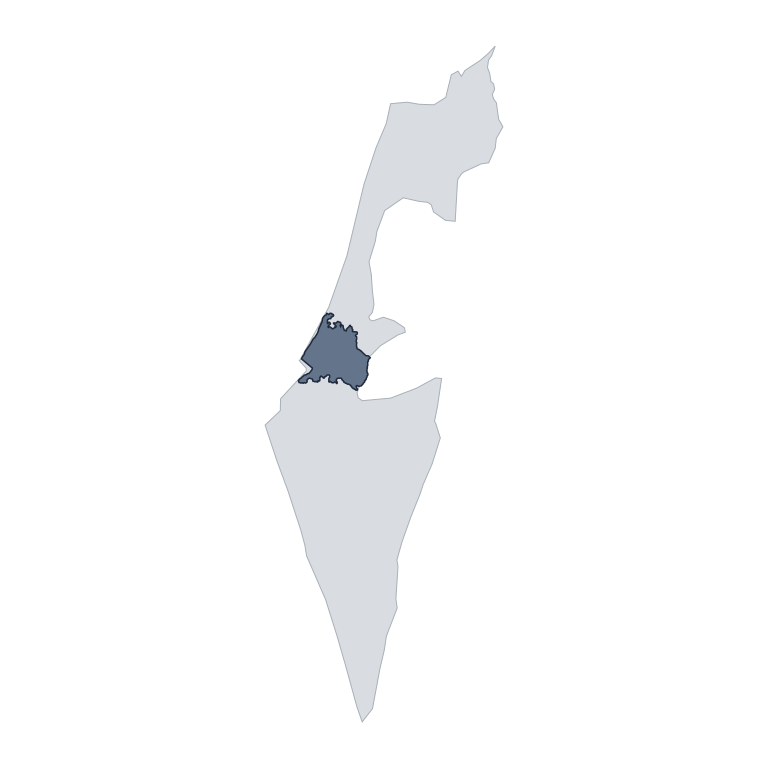 Ashqelon, HaDarom, Israel (highlighted)
{"feature_id": "584046B11408100439208", "entity_name": "Ashqelon", "entity_type": "district", "adm_level": 2, "iso_a3": "ISR", "parent_name": "Israel", "parent_adm1": "HaDarom", "projection": "orthographic", "projection_center": [34.744, 31.637], "detail": "fine", "context": "in_parent", "style": "filled", "palette": "slate", "viewbox_px": 768, "rotation_deg": 0, "n_neighbors": 0, "source": "geoboundaries", "source_scale": "gbopen_adm2", "svg_char_len": 7412}
<svg xmlns="http://www.w3.org/2000/svg" viewBox="0 0 768 768"><path d="M495.2,46.1L491.8,55.3L488.5,60.1L487.5,67.5L489.7,73.5L491.0,81.6L493.6,83.9L494.6,89.3L492.3,94.5L493.5,98.8L496.4,102.8L498.6,119.1L502.9,126.8L496.3,138.6L495.2,148.2L488.7,162.8L481.1,163.9L463.4,172.1L461.0,174.5L457.9,179.2L457.4,182.8L455.2,221.3L445.4,220.3L433.6,212.0L431.2,204.7L427.6,202.3L419.2,201.4L403.2,197.8L384.7,210.5L376.9,231.5L375.3,241.3L369.0,261.9L371.3,274.6L372.4,290.9L374.0,304.4L372.4,312.4L368.8,316.7L369.9,319.8L373.1,320.9L383.3,317.2L394.1,320.8L404.4,327.7L405.3,332.2L398.0,334.9L380.7,345.5L368.5,357.7L365.3,369.0L357.1,392.9L358.2,397.8L362.3,400.7L390.6,398.1L416.2,388.3L435.5,377.9L441.6,378.5L437.7,404.9L437.8,405.0L434.5,421.2L435.9,423.9L440.3,437.9L432.2,463.7L423.1,484.7L419.8,494.7L410.9,516.8L401.8,542.5L396.9,560.1L398.0,566.4L395.9,598.8L397.2,608.0L386.4,636.1L384.3,650.0L379.9,668.8L372.5,708.6L362.2,721.9L357.0,707.1L345.3,664.6L336.9,635.5L325.6,599.6L306.6,555.9L304.9,545.4L300.8,530.1L287.8,490.4L277.2,461.7L265.1,425.1L280.3,410.6L280.6,398.7L306.4,370.8L306.1,368.1L299.3,360.7L300.3,359.4L328.7,307.4L346.9,255.9L364.0,184.2L376.0,147.8L386.2,123.7L390.6,103.7L407.1,102.2L419.4,104.3L434.1,104.8L445.8,97.3L451.3,74.8L458.0,71.1L461.4,76.4L464.9,70.5L480.1,60.5L487.7,54.0L495.2,46.1Z" fill="#d9dde1" stroke="#a8b0b8" stroke-width="1"/><path d="M361.2,385.9L361.5,385.7L361.7,385.2L362.0,385.0L362.3,384.8L362.4,384.6L362.7,384.3L363.0,384.1L363.1,383.6L363.4,383.1L363.8,382.9L364.3,382.2L364.6,382.0L364.7,381.7L364.6,381.0L364.9,380.6L365.3,380.5L365.5,380.0L366.1,379.4L366.4,378.0L366.5,377.8L366.7,377.6L366.9,377.2L367.1,376.2L367.2,375.7L367.6,375.4L367.8,375.2L367.9,374.3L367.9,373.7L367.7,373.2L367.2,372.7L367.0,372.1L367.0,371.6L367.0,370.3L366.9,369.5L367.0,368.9L367.4,368.0L367.4,367.7L367.2,367.4L367.2,366.8L367.4,366.5L367.5,366.0L367.7,365.5L367.8,365.0L367.7,364.2L367.7,363.5L367.8,362.9L367.6,362.5L367.7,361.8L367.9,361.4L368.2,361.3L368.4,361.1L368.4,360.5L368.4,359.8L368.5,359.4L368.7,359.2L369.1,359.0L369.2,358.7L369.4,358.5L369.8,358.4L370.2,357.7L369.9,357.5L369.6,357.1L369.3,356.8L368.9,356.3L368.4,355.9L367.7,355.8L366.6,355.8L365.7,355.5L365.3,355.2L364.8,354.5L364.3,354.1L363.9,353.9L363.3,353.5L363.1,353.0L362.6,352.4L361.5,351.6L361.1,351.3L360.9,350.7L360.4,350.6L360.2,350.5L359.7,350.0L359.3,349.8L359.0,349.8L358.8,349.4L358.4,349.2L357.7,349.1L357.2,348.8L356.9,348.4L356.8,348.1L357.0,347.4L356.7,346.8L356.5,346.3L356.5,344.0L356.8,342.7L356.1,341.7L356.2,340.8L356.7,338.8L356.7,338.3L356.7,337.7L356.6,336.8L356.2,336.5L355.8,336.2L355.5,335.8L355.5,335.3L355.8,334.9L356.1,334.8L356.7,334.4L357.2,334.0L357.3,333.5L357.3,332.5L356.7,331.9L354.6,331.8L353.5,331.7L353.0,331.7L352.6,331.5L352.4,331.2L352.7,330.3L352.8,329.9L352.7,329.5L352.1,328.8L352.0,328.1L352.0,327.4L351.8,326.9L351.3,326.6L350.5,326.4L350.4,326.2L350.4,325.8L350.3,325.4L350.2,325.3L349.7,325.6L349.2,326.2L348.8,327.0L348.2,327.5L347.2,328.4L346.6,329.2L346.4,329.4L346.3,329.8L346.4,330.4L346.2,330.9L345.9,330.8L345.2,330.4L344.7,330.5L344.2,330.1L344.0,329.9L343.9,329.2L343.8,328.7L343.7,328.3L343.2,327.8L343.2,326.9L343.2,325.9L342.9,325.5L342.6,325.3L342.2,325.2L341.9,325.0L341.5,324.8L341.2,325.0L341.1,325.5L341.1,326.0L340.8,326.4L340.8,326.1L340.3,325.9L340.1,325.7L340.1,325.4L340.2,325.2L340.5,324.7L340.8,324.5L340.9,324.1L340.8,323.0L340.6,322.7L340.3,322.4L339.8,322.2L339.3,322.2L339.1,322.0L338.6,321.7L338.0,321.5L337.6,321.5L337.3,321.7L337.0,322.3L336.4,322.7L336.2,323.0L335.8,323.1L334.6,323.0L334.3,322.8L334.0,322.8L333.6,323.1L333.5,323.4L333.7,323.8L334.5,324.3L334.8,324.7L335.0,325.1L335.4,325.3L335.7,325.7L336.0,325.9L336.1,326.6L335.7,327.2L335.4,327.5L335.1,327.4L335.0,327.1L334.8,327.0L334.5,327.6L334.3,327.9L333.9,328.1L333.5,328.4L333.2,328.8L332.6,328.8L331.9,328.2L331.4,328.1L331.2,328.0L331.1,327.6L330.7,327.4L330.3,327.1L329.9,326.9L329.7,326.8L329.0,326.9L328.8,327.2L328.3,327.5L328.0,326.8L328.2,326.3L328.3,326.0L328.8,325.5L329.4,324.9L329.9,324.4L330.3,324.1L330.4,323.5L330.2,323.1L329.8,322.9L329.7,322.5L329.4,322.3L328.8,322.3L328.4,322.4L328.2,322.7L328.1,323.3L327.9,323.5L327.6,323.5L327.4,322.7L327.4,322.2L327.5,320.7L327.5,319.9L327.8,319.4L328.4,319.3L328.8,318.9L329.3,318.7L329.7,318.8L330.8,318.6L331.2,317.1L331.7,317.1L332.2,316.8L332.3,316.5L333.2,316.2L333.6,315.7L333.5,315.1L333.4,314.7L333.1,314.4L332.4,314.4L332.1,314.2L331.9,313.7L331.7,313.5L330.7,313.3L330.1,313.3L329.5,313.7L329.0,314.3L328.7,314.5L328.2,314.2L327.9,313.9L327.4,313.5L327.0,313.5L326.7,313.4L326.1,315.0L325.2,315.3L323.9,316.4L323.0,317.6L322.5,318.6L322.3,320.9L321.4,323.2L320.9,323.8L320.7,324.9L320.2,325.7L319.8,326.8L319.3,327.5L319.1,328.2L318.6,329.1L318.5,330.2L318.2,331.2L317.8,332.3L317.2,333.7L316.5,334.7L315.8,335.9L315.1,336.9L314.7,337.8L314.1,338.0L313.5,338.5L312.6,340.0L311.8,341.4L310.3,344.2L308.4,346.8L306.8,349.1L305.9,350.3L304.7,352.3L304.3,354.3L303.5,355.3L302.1,357.4L301.7,358.5L301.5,358.9L305.4,362.2L311.7,367.5L312.3,367.9L312.2,369.0L312.1,369.6L311.6,370.0L311.4,370.5L311.1,370.7L310.6,371.5L309.2,373.2L308.6,373.4L307.3,373.8L306.6,374.5L305.8,374.8L304.9,375.0L304.3,375.1L303.6,375.8L302.3,376.9L301.6,377.6L300.9,378.3L299.5,379.1L298.3,380.7L298.6,381.2L299.0,382.5L300.0,382.7L300.4,382.9L301.0,383.1L302.0,382.7L302.5,382.9L303.0,383.2L303.4,383.2L304.0,382.7L304.6,382.7L305.1,383.0L305.5,383.1L305.9,382.9L306.5,382.5L307.1,381.9L307.1,381.3L306.9,380.5L307.0,380.0L307.3,379.6L307.7,379.5L307.9,379.0L308.5,378.6L309.5,378.1L310.2,378.3L310.6,378.6L311.1,378.8L311.7,378.9L312.3,379.0L312.6,379.5L312.7,380.3L312.7,380.9L313.0,381.2L313.5,381.3L314.4,381.6L315.1,381.8L315.8,381.6L316.4,381.6L316.8,381.7L317.2,382.1L317.8,382.0L317.9,381.4L317.9,381.0L318.0,380.6L318.4,380.6L319.1,381.0L319.5,381.0L319.9,380.1L319.9,378.9L319.8,378.4L319.8,377.5L320.2,377.3L320.3,377.0L320.6,376.3L320.9,376.1L321.5,376.4L321.7,376.6L322.2,376.8L322.7,377.3L323.0,377.5L323.2,377.9L323.5,378.1L324.1,378.1L324.3,377.0L324.5,376.9L325.1,376.7L325.6,376.7L325.9,376.1L326.5,376.0L326.7,375.5L326.8,375.3L327.9,374.9L329.2,375.1L329.5,375.3L329.6,375.6L329.7,376.8L329.6,377.4L329.3,377.8L329.0,378.0L328.9,378.6L328.8,379.8L328.8,381.2L328.9,381.8L329.3,382.0L329.7,382.1L330.2,381.5L330.5,381.5L331.4,382.2L331.7,382.6L332.0,382.7L332.6,382.8L333.9,382.7L334.3,382.0L335.1,382.0L335.8,382.2L336.1,382.9L336.5,383.5L336.9,383.5L337.1,383.3L337.2,383.1L337.2,382.5L337.0,381.7L336.8,381.3L336.3,380.5L336.2,380.2L336.2,379.8L336.4,379.5L337.3,378.5L337.9,378.2L339.1,378.2L341.3,378.2L341.6,378.6L341.7,379.2L341.9,379.6L342.2,379.8L342.4,380.0L342.5,380.3L342.9,380.5L343.1,380.7L343.2,381.0L343.5,381.2L343.8,381.5L343.9,382.1L344.0,382.4L345.0,382.7L345.5,383.2L345.9,383.3L346.6,383.5L346.9,383.8L347.3,384.1L348.0,384.1L348.8,384.2L349.2,384.4L349.5,384.7L350.0,384.9L350.6,385.2L350.8,385.7L351.0,385.8L351.1,386.0L351.3,386.6L351.5,386.8L351.8,387.0L352.1,387.4L352.2,387.7L352.6,387.9L352.9,388.1L353.2,388.6L354.1,388.8L354.5,389.3L355.2,389.5L355.5,389.7L355.7,390.0L356.3,390.2L357.1,390.2L357.3,389.9L357.4,389.4L357.3,388.9L357.0,388.4L356.6,388.0L356.3,386.9L356.2,386.6L356.2,386.1L356.6,385.7L357.1,385.6L357.6,385.7L357.9,386.0L358.3,386.3L359.5,386.3L360.0,386.1L360.7,385.9L361.2,385.9Z" fill="#64748b" stroke="#1e293b" stroke-width="1.5"/></svg>